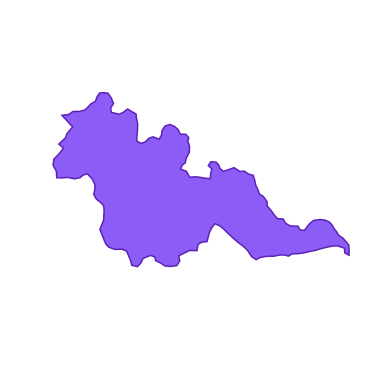 Apuarema, Bahia, Brazil, rotated 151°
{"feature_id": "56859067B6094407413317", "entity_name": "Apuarema", "entity_type": "district", "adm_level": 2, "iso_a3": "BRA", "parent_name": "Brazil", "parent_adm1": "Bahia", "projection": "mercator", "projection_center": [-39.762, -13.814], "detail": "fine", "context": "isolated", "style": "filled", "palette": "violet", "viewbox_px": 384, "rotation_deg": 151, "n_neighbors": 0, "source": "geoboundaries", "source_scale": "gbopen_adm2", "svg_char_len": 2372}
<svg xmlns="http://www.w3.org/2000/svg" viewBox="0 0 384 384"><g transform="rotate(151 192 192)"><path d="M222.4,142.0L216.1,138.3L212.0,143.3L207.7,143.3L203.0,141.3L196.8,147.7L192.2,151.1L187.2,153.1L184.2,149.0L182.5,145.0L181.2,140.6L178.7,132.6L176.1,125.3L173.5,119.8L171.8,114.3L171.2,106.6L168.7,101.7L164.3,101.7L158.0,99.6L151.2,96.0L146.4,94.6L141.8,92.2L138.6,89.1L134.3,89.4L129.4,86.7L122.4,84.1L117.3,82.8L112.7,81.2L105.7,79.7L100.4,78.2L95.7,76.7L91.2,74.6L85.9,69.0L87.9,64.7L85.3,60.6L82.4,65.6L80.6,69.8L81.3,73.6L82.4,78.6L84.7,83.2L84.8,87.4L85.5,91.2L85.5,95.7L86.7,99.6L89.4,103.0L93.4,105.9L99.4,108.2L104.3,107.4L107.9,105.9L112.3,103.9L116.1,106.8L115.8,110.7L119.2,112.6L122.6,114.9L125.3,119.3L125.3,124.2L130.0,127.2L131.2,131.8L131.8,137.7L133.0,143.6L131.0,147.1L131.8,153.6L134.0,157.6L133.2,162.6L132.9,167.2L131.4,172.0L130.4,176.9L134.0,180.5L136.1,184.9L140.2,186.8L143.4,192.9L149.8,193.9L154.7,195.0L156.1,199.0L155.5,202.7L156.5,206.5L160.8,209.3L164.9,207.2L163.5,202.6L167.0,198.7L169.6,194.8L174.7,198.4L180.2,202.8L186.9,206.2L186.9,212.9L190.8,217.5L187.7,220.2L183.9,220.7L180.3,224.6L174.9,228.2L172.0,233.2L171.0,238.3L168.5,241.2L169.5,245.6L174.2,248.2L173.9,253.4L175.5,257.8L178.6,261.8L183.7,262.8L188.3,260.4L190.8,256.8L195.1,254.1L199.3,259.1L203.4,259.9L208.8,258.4L213.1,259.3L215.5,263.3L213.4,267.1L210.1,271.9L206.5,277.8L204.9,283.2L203.1,287.4L205.4,291.0L208.1,295.8L214.0,295.0L218.1,295.4L221.0,298.1L224.0,300.7L222.4,304.9L217.8,307.4L217.0,313.4L217.7,319.2L220.8,321.5L224.8,323.4L228.9,321.3L232.6,318.1L237.9,318.1L242.4,316.5L246.3,315.7L251.1,316.9L257.0,320.1L262.4,319.6L268.6,322.1L264.8,306.8L268.9,305.3L273.3,303.5L276.4,300.7L285.3,298.5L283.2,292.7L287.9,290.6L292.6,289.0L296.9,287.7L300.5,282.8L300.6,275.9L303.4,270.0L299.5,267.7L293.6,265.0L288.4,260.5L282.9,258.8L279.1,259.6L274.8,258.7L273.0,252.1L273.3,245.6L275.9,241.1L279.1,237.7L279.1,232.1L276.8,226.7L276.0,222.6L277.9,218.3L280.7,213.9L283.0,210.1L286.3,207.6L290.7,203.8L291.4,198.6L292.2,192.1L292.6,188.1L291.4,183.9L287.3,179.2L281.1,176.0L277.9,172.1L278.3,167.2L278.9,162.0L280.2,157.1L276.0,153.2L271.3,154.6L267.0,157.6L259.2,156.7L256.1,153.6L257.0,149.4L253.8,145.0L251.6,140.5L248.4,138.2L244.9,136.4L240.8,135.0L236.1,137.7L234.5,142.6L222.4,142.0Z" fill="#8b5cf6" stroke="#5b21b6" stroke-width="1.5"/></g></svg>